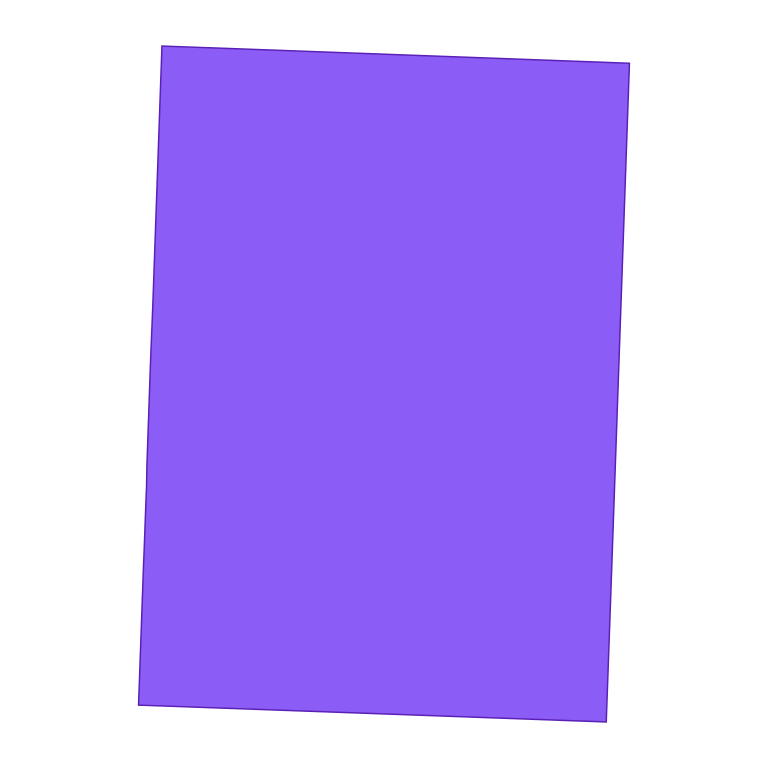 Martin, Minnesota, United States of America (Robinson projection), rotated 92°
{"feature_id": "52423323B83140229851985", "entity_name": "Martin", "entity_type": "district", "adm_level": 2, "iso_a3": "USA", "parent_name": "United States of America", "parent_adm1": "Minnesota", "projection": "robinson", "projection_center": [-94.489, 43.674], "detail": "fine", "context": "isolated", "style": "filled", "palette": "violet", "viewbox_px": 768, "rotation_deg": 92, "n_neighbors": 0, "source": "geoboundaries", "source_scale": "gbopen_adm2", "svg_char_len": 336}
<svg xmlns="http://www.w3.org/2000/svg" viewBox="0 0 768 768"><g transform="rotate(92 384 384)"><path d="M501.7,617.8L558.5,617.9L572.8,618.0L713.5,618.1L714.0,150.1L581.7,150.0L54.9,149.9L54.0,617.7L313.5,617.8L368.1,618.1L373.4,618.1L471.7,618.1L497.1,617.7L501.7,617.8Z" fill="#8b5cf6" stroke="#5b21b6" stroke-width="1.5"/></g></svg>